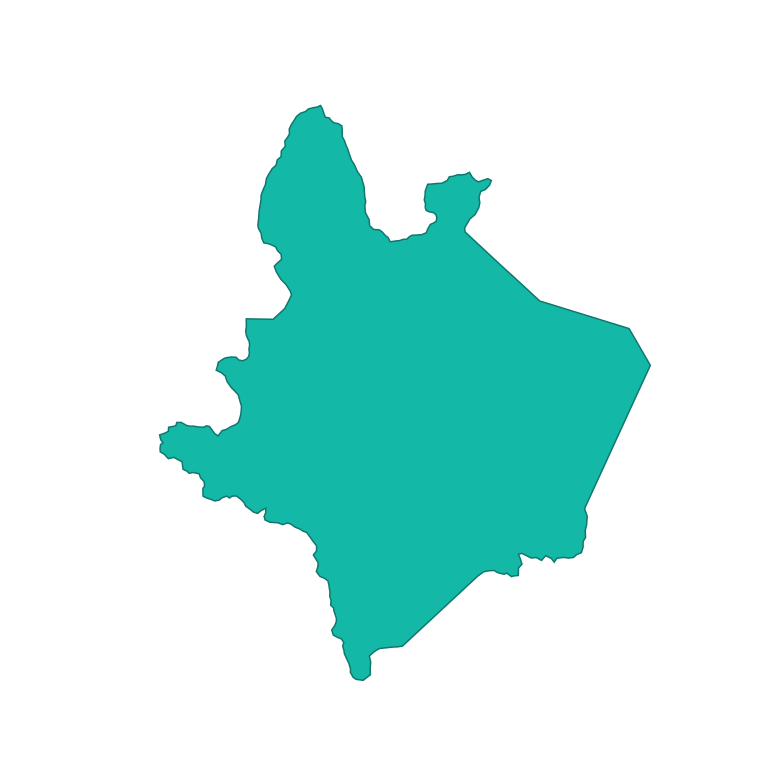 Palmeiras de Goiás, Goiás, Brazil (Mercator projection), rotated 138°
{"feature_id": "56859067B28073231696854", "entity_name": "Palmeiras de Goiás", "entity_type": "district", "adm_level": 2, "iso_a3": "BRA", "parent_name": "Brazil", "parent_adm1": "Goiás", "projection": "mercator", "projection_center": [-49.907, -16.837], "detail": "fine", "context": "isolated", "style": "filled", "palette": "teal", "viewbox_px": 768, "rotation_deg": 138, "n_neighbors": 0, "source": "geoboundaries", "source_scale": "gbopen_adm2", "svg_char_len": 4167}
<svg xmlns="http://www.w3.org/2000/svg" viewBox="0 0 768 768"><g transform="rotate(138 384 384)"><path d="M593.9,210.1L595.4,205.4L597.1,199.7L599.5,194.8L601.9,192.2L603.2,186.8L602.4,183.2L597.7,177.7L593.1,177.4L588.7,177.0L584.3,182.1L579.9,186.3L576.9,191.7L571.5,191.7L567.6,191.2L564.3,190.4L553.6,182.7L549.7,179.5L545.7,176.9L443.2,178.5L435.7,177.8L431.2,175.2L427.0,171.8L425.7,167.6L422.1,162.3L419.2,161.2L418.2,155.6L415.6,154.3L412.3,151.8L407.2,157.2L402.0,157.8L399.5,163.3L398.0,167.5L394.9,165.9L390.9,156.0L387.0,153.2L385.0,147.5L378.7,148.2L376.4,142.4L376.7,137.7L372.2,138.9L366.5,134.9L363.4,131.2L359.3,128.3L355.1,128.3L350.2,126.6L345.4,129.4L341.4,133.7L336.9,135.1L332.5,140.5L327.9,143.6L321.5,149.7L318.3,157.2L212.7,202.8L173.6,219.6L164.8,261.2L212.7,341.4L215.9,376.0L217.7,393.8L219.1,409.8L222.0,442.7L219.7,446.0L209.7,449.2L202.9,449.0L195.6,451.6L191.6,454.5L188.5,459.1L183.3,462.4L178.6,460.7L172.5,461.2L168.1,463.3L169.5,467.2L178.6,471.0L179.7,474.3L180.0,478.7L178.8,484.1L183.3,485.4L186.4,487.5L189.1,490.1L194.1,492.4L196.7,494.3L200.8,492.9L206.9,494.6L210.1,497.3L214.2,500.3L217.9,503.2L224.1,499.9L227.8,496.2L230.9,493.9L232.5,490.3L235.3,487.5L236.5,484.8L235.0,481.4L232.5,478.2L232.2,475.1L233.4,472.4L236.2,470.0L239.6,470.5L242.8,471.6L248.1,469.8L251.3,468.1L256.0,469.7L260.9,473.5L263.6,475.8L267.0,476.5L270.4,476.4L272.8,478.6L276.7,480.3L279.8,482.6L284.3,485.6L283.0,489.8L283.6,493.4L283.6,498.6L284.5,501.9L288.3,505.8L288.7,511.4L285.1,516.0L284.1,520.2L283.1,523.8L280.9,526.7L279.0,529.2L275.5,531.8L273.3,535.6L270.1,539.8L267.0,543.6L264.5,548.7L262.5,552.7L261.6,559.9L260.5,562.8L259.1,567.6L258.4,572.1L255.7,578.5L253.6,583.2L252.5,586.9L250.8,590.6L249.4,595.8L245.6,600.1L242.6,604.1L243.8,608.2L246.3,611.3L246.9,614.3L246.7,618.5L249.1,621.5L247.6,625.4L245.6,629.8L244.8,633.4L248.5,634.6L251.4,636.5L256.1,639.0L260.0,639.0L264.8,641.1L269.8,641.4L273.3,640.4L279.2,638.8L283.8,636.9L286.8,633.2L289.8,632.1L295.2,630.9L298.3,626.7L304.4,625.9L308.4,621.8L313.3,622.0L317.9,618.8L322.8,618.9L326.3,617.9L329.7,616.9L333.8,615.4L338.9,611.4L344.0,609.2L349.2,606.4L352.0,603.3L355.0,600.9L361.4,595.8L364.7,592.4L371.2,586.7L373.1,583.9L374.5,578.2L377.3,574.1L378.9,569.2L375.6,565.0L372.8,558.6L373.9,554.2L373.7,549.1L376.8,545.2L383.4,545.2L386.8,544.9L389.1,539.0L390.6,530.6L390.3,523.2L391.5,515.8L393.2,512.1L398.0,510.0L407.2,506.5L423.1,506.3L442.8,524.6L447.9,518.7L451.2,516.1L453.5,512.7L454.9,509.1L455.6,506.0L457.7,503.0L461.2,500.1L463.1,497.3L466.1,495.0L469.8,494.5L473.7,496.0L475.9,499.2L476.0,502.9L479.5,506.3L484.0,509.3L486.8,510.2L492.7,511.0L496.0,508.6L499.5,506.5L497.3,501.2L496.6,496.2L499.0,490.8L499.9,483.6L499.6,478.0L499.6,473.5L502.9,466.8L504.8,462.8L509.0,458.8L511.4,456.8L514.7,454.7L517.9,452.9L521.5,453.1L525.7,454.6L528.5,455.2L531.6,455.8L535.4,457.7L542.1,456.5L543.0,460.4L542.1,469.2L543.9,471.7L547.0,472.6L550.3,475.9L553.9,480.3L556.7,482.8L558.4,485.2L560.4,491.1L563.7,494.1L566.6,492.3L569.4,493.8L573.0,496.0L576.0,493.1L580.7,494.5L584.8,496.3L587.2,492.1L587.6,488.2L590.6,488.5L593.4,486.1L595.7,483.3L594.3,478.9L594.2,472.8L589.3,470.1L587.9,466.0L586.1,461.4L588.4,458.0L590.4,455.0L588.7,451.1L588.6,448.0L585.1,446.0L581.5,441.0L583.2,436.8L583.0,431.9L585.4,428.4L588.4,427.6L591.2,424.5L593.5,421.7L592.0,417.8L589.9,414.2L588.0,410.3L584.1,408.0L580.5,407.8L575.9,405.9L575.0,402.6L572.0,402.3L568.7,399.7L567.6,394.3L567.3,389.7L568.5,385.7L567.4,380.8L566.8,376.4L564.6,372.4L559.8,372.1L554.9,370.8L558.2,367.4L561.8,365.7L563.4,362.5L561.3,357.6L558.4,354.6L555.7,351.9L553.4,347.3L548.8,345.4L547.0,342.4L545.9,337.2L543.7,332.8L542.4,328.2L540.8,325.6L541.2,321.8L541.5,318.7L542.1,313.6L542.4,308.8L545.9,305.1L550.9,304.2L551.7,299.8L552.6,295.1L555.4,292.5L559.8,289.9L560.3,283.8L558.1,279.1L557.4,275.2L559.3,271.7L561.2,269.0L562.9,266.1L566.5,262.3L568.3,258.4L571.6,255.4L571.3,251.5L573.2,248.6L574.5,245.5L576.2,241.7L578.5,239.3L582.0,237.5L587.4,236.2L589.7,231.3L588.2,227.1L586.2,223.0L587.0,218.6L590.0,217.0L592.1,212.7L593.9,210.1Z" fill="#14b8a6" stroke="#0f766e" stroke-width="1.5"/></g></svg>